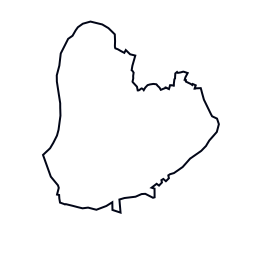 Jos North, Plateau, Nigeria (Natural Earth projection), rotated 197°
{"feature_id": "59680162B88998270560680", "entity_name": "Jos North", "entity_type": "district", "adm_level": 2, "iso_a3": "NGA", "parent_name": "Nigeria", "parent_adm1": "Plateau", "projection": "natural_earth1", "projection_center": [8.888, 9.939], "detail": "fine", "context": "isolated", "style": "outline", "palette": "ink", "viewbox_px": 256, "rotation_deg": 197, "n_neighbors": 0, "source": "geoboundaries", "source_scale": "gbopen_adm2", "svg_char_len": 2177}
<svg xmlns="http://www.w3.org/2000/svg" viewBox="0 0 256 256"><g transform="rotate(197 128 128)"><path d="M166.6,36.6L165.9,36.5L165.3,37.0L161.8,37.2L158.4,37.4L153.2,37.6L148.0,37.9L142.9,40.2L138.4,40.4L137.7,40.4L134.3,40.6L125.9,47.1L121.3,52.4L118.9,45.1L110.4,44.9L115.3,57.1L110.9,60.0L100.7,64.5L95.7,68.8L92.2,70.1L83.7,68.6L82.3,69.5L84.9,77.8L88.0,77.8L84.3,83.0L81.5,82.0L79.6,85.8L80.8,87.9L79.3,89.6L76.2,88.2L74.2,91.9L75.6,94.5L74.3,96.1L70.9,98.3L64.3,106.7L59.6,117.0L59.4,117.2L54.6,123.3L51.3,127.5L48.1,133.7L47.8,135.1L46.6,139.8L41.9,150.2L42.2,158.2L45.6,163.0L51.0,163.8L52.9,165.7L58.3,171.5L63.7,177.3L67.4,183.1L69.3,186.2L70.1,187.4L73.2,186.3L74.0,186.1L75.4,185.2L75.8,185.1L75.8,186.7L75.7,188.6L78.9,189.0L79.1,187.9L80.5,188.4L86.2,189.3L86.4,189.5L86.6,190.7L87.9,190.6L87.9,192.2L87.9,193.4L87.0,198.0L91.0,198.1L91.7,198.0L93.4,196.9L94.2,196.4L95.8,195.6L96.7,195.3L97.5,195.9L98.7,194.0L97.9,190.6L97.5,189.1L97.9,188.2L97.1,183.8L96.6,182.2L96.6,181.8L97.2,181.8L97.7,181.9L98.5,181.5L99.2,181.6L100.3,181.2L100.2,178.8L100.2,177.2L100.9,177.3L101.4,177.3L101.7,177.4L102.2,177.6L102.4,177.5L102.7,177.6L103.2,177.6L103.4,177.7L103.5,177.5L104.1,177.6L104.2,177.3L104.0,177.1L105.6,175.9L107.0,174.7L107.8,174.1L109.6,175.8L111.2,176.6L112.7,177.4L113.0,177.8L113.8,178.1L116.4,177.6L116.8,177.5L119.7,176.1L121.8,174.7L123.3,171.7L124.0,168.8L124.7,169.3L125.3,169.6L125.9,169.8L126.3,169.8L126.6,169.8L127.0,169.4L128.1,167.8L128.8,167.1L129.7,166.8L131.5,170.1L136.8,173.2L137.2,173.6L137.5,177.0L138.3,179.3L138.8,182.6L140.5,184.0L141.4,184.3L142.0,188.8L142.2,199.4L147.5,199.1L152.9,201.9L153.5,198.8L156.8,199.4L160.7,200.3L163.4,200.5L164.1,201.5L164.6,202.9L165.7,207.1L168.0,213.7L170.1,214.8L175.9,217.8L182.9,219.5L189.8,219.1L195.0,218.8L201.7,214.5L205.4,209.7L206.6,206.1L208.0,200.0L211.3,195.8L212.7,187.7L214.1,179.6L211.9,167.6L211.5,157.5L209.6,151.6L205.8,143.7L200.1,131.9L198.6,127.1L198.2,126.0L196.2,120.0L193.9,106.0L193.7,100.0L195.1,91.9L196.6,85.8L201.4,77.4L187.6,58.9L178.2,52.7L176.7,50.5L176.4,43.6L174.3,43.8L173.1,40.6L171.2,36.8L166.6,36.6Z" fill="none" stroke="#020617" stroke-width="2"/></g></svg>